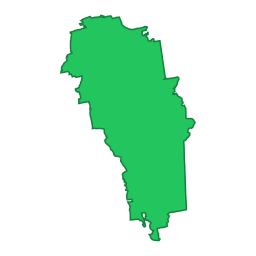 Colonesti, Olt, Romania
{"feature_id": "2599482B35257867577433", "entity_name": "Colonesti", "entity_type": "district", "adm_level": 2, "iso_a3": "ROU", "parent_name": "Romania", "parent_adm1": "Olt", "projection": "mercator", "projection_center": [24.671, 44.623], "detail": "fine", "context": "isolated", "style": "filled", "palette": "green", "viewbox_px": 256, "rotation_deg": 0, "n_neighbors": 0, "source": "geoboundaries", "source_scale": "gbopen_adm2", "svg_char_len": 5704}
<svg xmlns="http://www.w3.org/2000/svg" viewBox="0 0 256 256"><path d="M186.3,209.7L186.4,207.0L185.7,195.4L184.7,165.9L184.3,158.9L184.1,147.4L183.7,141.4L184.2,140.8L185.5,140.4L186.0,139.3L186.5,139.0L186.8,138.4L187.3,137.7L188.3,137.2L188.7,136.2L189.3,135.9L189.7,135.2L189.9,133.7L189.7,133.0L189.0,132.7L188.4,132.1L187.9,132.1L187.7,130.8L188.3,129.2L188.7,128.8L190.3,128.0L190.8,127.9L191.7,128.2L192.9,127.1L193.1,126.1L193.7,125.4L194.2,123.7L194.9,123.0L195.0,122.3L194.0,121.0L193.4,119.7L191.9,118.6L186.6,118.6L186.2,118.3L186.0,118.0L185.8,108.5L185.5,107.8L184.8,106.9L184.4,105.4L182.4,105.7L181.6,105.1L182.2,103.6L183.0,103.0L182.9,102.6L183.0,102.2L182.4,101.9L182.1,101.2L182.1,99.8L181.9,99.1L181.9,98.4L179.6,96.9L178.4,96.6L177.6,95.8L177.5,94.9L176.9,94.8L176.7,93.8L176.1,93.8L176.0,93.3L175.6,93.4L174.9,94.0L174.3,93.8L174.3,94.3L174.2,94.4L173.3,94.4L172.8,93.8L172.9,93.1L173.5,92.9L174.0,91.9L174.9,91.4L174.6,90.2L174.7,89.1L173.7,88.6L174.7,88.2L174.8,87.9L174.6,87.4L175.2,87.5L175.3,87.0L176.1,86.4L176.4,85.7L176.3,84.9L176.9,84.7L177.3,83.9L177.2,82.4L178.4,80.5L178.9,79.0L178.6,78.0L177.8,77.0L173.0,78.0L164.2,79.2L165.6,77.8L165.3,77.6L164.3,71.3L159.9,40.7L154.0,41.7L153.9,39.3L153.7,38.9L153.4,38.8L152.5,38.9L152.1,39.4L151.4,39.6L151.2,40.6L150.6,40.6L150.4,41.1L148.9,41.0L148.6,40.5L148.1,40.4L147.9,38.7L147.1,37.2L146.0,36.6L145.8,36.1L146.3,35.8L146.4,35.2L147.1,34.9L147.3,34.4L148.2,34.2L148.0,33.5L148.0,32.6L147.8,32.3L147.6,32.4L147.4,33.3L146.0,33.7L145.3,34.1L144.5,34.8L144.3,35.3L142.6,35.5L142.0,33.2L142.1,32.4L142.0,31.8L142.4,31.5L142.6,31.0L146.2,30.2L145.7,29.5L147.1,27.9L147.2,27.0L145.5,26.6L144.3,26.7L143.7,27.3L139.7,28.2L138.7,28.4L137.5,28.3L135.0,29.1L131.9,29.6L128.6,28.9L127.5,28.3L125.6,27.6L122.3,25.2L121.2,21.8L119.3,17.2L116.7,17.4L112.9,18.6L112.4,18.3L110.8,15.9L106.6,16.5L106.3,16.8L104.3,17.5L104.3,17.0L103.7,17.3L102.8,17.2L104.2,16.6L104.2,16.4L101.2,15.4L100.8,15.5L100.8,16.0L100.4,16.4L99.1,16.7L98.2,17.2L97.5,17.4L96.5,17.1L95.0,17.3L92.2,18.0L91.3,18.0L90.1,16.5L83.2,19.1L82.0,19.8L82.1,20.3L81.0,20.7L81.3,20.9L82.0,20.8L82.4,21.1L82.8,21.8L83.1,22.9L79.6,23.7L79.6,23.9L80.7,25.2L82.8,24.8L83.6,25.0L84.1,25.6L85.0,25.8L85.3,26.5L85.3,26.8L84.0,27.1L84.1,27.3L85.8,26.9L86.1,27.5L81.4,28.9L81.0,29.4L79.0,29.7L77.9,29.7L77.4,30.0L74.9,30.5L74.7,31.0L73.3,31.2L72.9,31.7L70.4,32.1L70.4,33.1L71.3,33.1L71.5,33.7L71.4,36.3L70.9,38.0L71.1,40.0L70.8,40.2L70.6,40.6L70.5,43.4L70.5,47.8L70.8,51.8L72.0,52.3L72.0,52.6L71.8,53.2L68.1,54.7L67.5,55.1L66.8,56.2L67.2,56.5L66.5,57.1L66.5,58.6L67.0,59.9L66.8,60.6L66.6,61.1L63.9,63.3L63.5,64.5L61.8,66.7L61.9,67.1L61.6,67.6L61.5,68.4L62.0,69.6L61.5,70.2L62.0,70.3L61.7,70.8L61.6,71.4L61.0,71.8L61.1,72.1L61.0,72.3L61.1,72.6L61.0,72.8L68.0,71.5L69.2,72.4L69.5,74.2L69.3,74.5L71.3,74.3L72.3,76.8L74.5,76.3L75.5,76.6L75.7,77.2L76.1,77.2L80.0,76.5L81.5,75.8L81.9,75.8L81.9,77.8L82.1,78.8L81.7,79.2L81.8,79.9L81.7,80.4L80.7,82.2L80.6,83.5L80.1,84.6L79.4,85.5L79.3,87.2L78.5,88.0L78.2,87.8L77.8,88.3L75.9,88.6L75.4,89.2L75.7,90.7L76.6,90.9L77.3,92.0L77.6,92.1L79.0,91.8L79.3,92.0L79.8,94.3L80.4,95.6L80.6,97.7L80.5,98.7L78.8,99.0L78.7,99.3L78.9,102.8L78.8,103.5L88.7,101.5L88.9,102.7L89.4,103.1L89.4,103.6L89.9,104.7L90.3,107.0L89.9,108.2L90.0,109.4L90.8,109.2L90.5,109.9L90.1,110.4L90.2,111.3L90.0,112.8L90.3,115.8L90.8,117.6L91.7,121.7L92.0,122.0L91.7,122.1L92.5,126.3L92.4,128.7L94.0,128.3L97.0,128.6L99.5,128.3L102.5,128.8L103.2,128.6L103.9,128.9L104.3,131.0L104.4,133.1L105.7,135.2L106.1,136.7L107.1,137.4L104.8,140.3L105.1,140.7L105.1,141.3L105.3,142.5L107.3,144.5L109.5,146.2L110.2,147.4L110.5,148.7L111.1,150.1L112.0,150.4L113.2,152.1L113.6,152.9L114.0,154.8L115.1,156.1L115.5,156.3L116.9,156.1L117.8,156.3L120.6,157.2L121.0,157.7L121.1,158.5L120.7,160.4L120.7,161.2L121.3,161.7L121.7,162.8L122.5,163.6L122.9,164.9L125.0,167.1L125.4,168.1L126.1,168.6L126.1,169.4L126.6,169.7L126.5,170.1L126.6,170.9L126.5,171.2L124.9,171.8L122.9,173.3L122.6,173.7L122.5,174.7L122.7,176.1L123.1,176.5L123.1,177.8L122.9,178.4L122.9,178.9L123.5,179.4L124.1,179.3L124.0,179.7L124.4,179.8L124.3,180.6L124.5,181.0L124.2,181.2L124.6,181.6L124.4,181.9L124.8,182.1L125.1,181.9L125.5,182.3L125.3,182.8L126.3,182.9L126.1,184.4L124.6,185.2L124.8,185.5L125.9,186.1L126.6,187.3L126.6,188.6L126.3,189.1L126.2,189.5L125.8,189.5L125.7,190.2L127.4,190.6L128.0,191.0L127.1,193.7L126.8,195.0L126.7,197.0L127.2,199.8L131.9,199.3L132.0,200.6L132.6,201.5L129.8,202.0L127.8,202.1L128.5,203.7L129.4,204.6L130.1,207.2L129.5,210.0L130.3,213.0L130.3,220.0L138.8,219.1L139.8,220.6L141.5,220.4L141.8,220.7L143.4,222.7L143.4,223.9L142.6,224.3L143.1,225.8L144.2,226.8L145.1,226.6L145.5,226.1L145.1,224.8L144.9,223.1L143.7,219.1L143.7,218.4L142.4,216.8L142.1,215.9L142.2,215.1L142.1,214.7L141.8,214.7L141.8,214.3L141.5,213.8L142.1,212.8L144.6,212.9L144.9,212.7L145.2,212.9L145.7,213.7L145.6,214.9L146.2,216.4L145.4,216.7L145.2,218.5L145.4,219.8L146.6,220.3L148.2,220.4L148.9,221.6L150.2,222.0L150.8,222.9L151.1,223.0L150.4,223.6L149.9,225.1L150.0,225.6L150.2,225.9L150.2,226.4L149.8,226.4L150.2,228.3L151.2,229.6L152.1,230.2L153.5,230.6L152.6,231.7L152.4,233.2L151.1,234.4L149.4,234.6L149.9,235.1L150.2,235.9L150.7,237.8L151.5,238.6L152.1,239.5L153.2,239.9L154.9,240.3L158.9,240.6L160.0,239.0L159.8,238.8L158.9,238.7L158.6,238.4L158.7,236.3L158.4,234.9L158.6,233.9L158.0,232.8L157.3,230.1L157.3,228.5L160.6,227.7L164.2,227.3L167.5,226.1L166.7,223.7L166.9,223.2L167.9,222.4L168.3,221.6L168.3,220.8L167.7,219.2L168.1,218.3L168.8,217.6L169.2,216.2L169.2,215.9L168.6,215.0L167.6,214.5L168.0,213.8L169.2,212.8L170.5,212.4L171.5,212.2L171.9,212.4L186.3,209.7Z" fill="#22c55e" stroke="#15803d" stroke-width="1.5"/></svg>